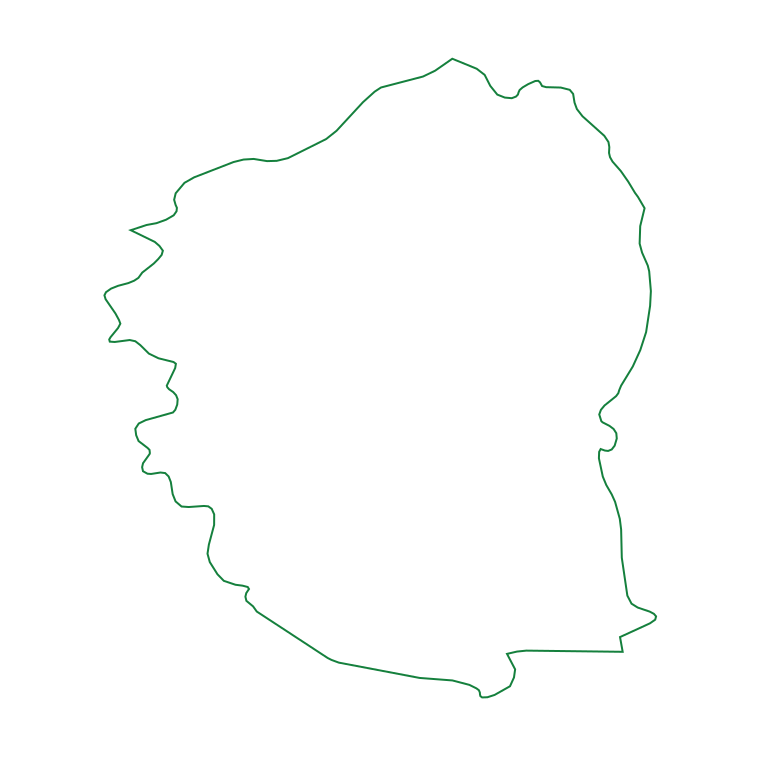 map outline of Orebro (Equal Earth projection), rotated 176°
{"feature_id": "SWE-183", "entity_name": "Orebro", "entity_type": "County", "adm_level": 1, "iso_a3": "SWE", "parent_name": "Sweden", "parent_adm1": "", "projection": "equal_earth", "projection_center": [15.084, 59.383], "detail": "fine", "context": "isolated", "style": "outline", "palette": "green", "viewbox_px": 768, "rotation_deg": 176, "n_neighbors": 0, "source": "natural_earth", "source_scale": "10m", "svg_char_len": 2672}
<svg xmlns="http://www.w3.org/2000/svg" viewBox="0 0 768 768"><g transform="rotate(176 384 384)"><path d="M172.4,304.0L174.1,301.3L174.8,294.9L172.2,276.4L169.3,267.7L164.5,257.9L161.7,250.3L158.2,233.1L157.6,222.3L158.9,194.1L156.0,155.9L152.4,147.6L146.5,143.3L134.8,138.4L130.8,135.9L128.8,133.2L129.9,130.0L135.4,126.7L166.2,115.1L164.6,100.2L260.6,108.1L270.0,107.8L280.1,106.2L273.1,90.2L274.8,82.2L279.4,73.7L295.4,66.1L302.7,64.3L308.0,64.5L309.6,65.9L309.9,67.5L309.9,69.5L310.7,71.9L313.0,73.9L319.8,77.9L336.4,83.5L369.0,88.3L448.5,109.2L455.6,112.4L459.3,114.6L526.8,165.9L530.1,171.3L536.4,177.3L537.1,181.5L536.0,185.0L533.0,188.9L534.1,191.0L539.2,192.7L546.2,194.1L557.5,198.8L563.4,205.8L570.2,218.5L571.9,227.0L569.9,236.0L563.3,255.2L562.5,265.8L564.6,271.5L567.8,274.2L572.1,274.9L587.4,274.9L594.5,275.9L600.1,281.4L602.5,288.9L603.5,301.1L605.3,306.8L608.5,310.4L613.2,311.3L622.6,310.5L626.2,311.0L630.5,313.8L631.1,317.9L629.9,321.8L622.7,330.5L622.4,331.3L622.4,332.2L622.5,334.6L624.3,336.7L632.8,344.2L634.8,350.2L635.2,356.7L631.4,361.7L624.2,364.6L596.5,370.3L594.0,372.8L591.7,377.9L590.9,383.2L592.2,387.3L594.8,390.6L598.8,393.8L600.4,395.9L600.8,397.5L591.2,414.5L590.2,418.7L592.4,420.6L607.2,425.4L616.4,430.7L624.4,439.8L629.1,444.0L634.6,445.6L649.7,444.7L654.6,445.4L655.0,447.6L653.5,449.8L645.4,458.4L642.8,462.6L643.9,466.3L647.0,473.1L655.8,488.0L656.7,492.0L654.9,495.0L649.6,498.2L642.4,500.5L632.0,502.5L626.0,504.5L621.6,507.0L617.4,512.0L605.3,520.2L600.6,524.3L596.8,528.3L595.3,532.4L598.4,537.4L602.7,541.7L625.9,555.1L609.7,559.2L599.8,560.3L589.9,563.1L582.0,567.0L578.9,570.8L578.3,574.2L579.4,577.2L580.5,582.4L578.5,588.8L569.0,598.6L559.0,603.4L518.7,615.9L508.4,617.7L498.3,617.6L485.1,614.5L475.5,614.1L464.1,616.0L424.6,632.4L413.7,639.9L385.3,666.6L372.9,676.3L366.3,680.0L323.6,688.0L311.1,693.0L293.2,703.7L269.5,692.0L262.0,685.3L257.2,674.0L250.8,664.8L243.5,661.3L236.6,660.2L232.3,661.5L230.2,663.4L229.4,665.6L228.2,667.8L225.0,670.2L219.2,673.1L212.0,675.7L209.0,675.7L207.3,674.0L205.5,670.2L201.5,668.8L187.0,667.4L178.2,664.5L175.1,660.2L174.3,651.4L172.4,644.8L167.3,637.2L146.9,616.2L143.2,609.7L142.7,604.6L143.4,598.8L142.7,594.5L140.5,589.9L132.9,579.9L126.3,568.9L120.3,557.2L117.6,552.9L111.8,541.2L117.4,523.6L119.2,506.2L117.4,497.1L112.6,483.7L111.6,477.9L111.3,458.0L113.1,443.4L118.9,417.5L126.0,399.9L134.6,384.1L147.6,365.8L149.8,361.4L150.9,358.5L153.3,355.7L165.5,347.2L169.4,343.1L171.4,338.6L169.8,331.8L168.6,330.5L162.0,326.5L158.1,323.1L155.7,318.7L155.6,313.4L158.2,306.4L161.4,302.8L165.1,301.6L168.3,302.2L172.4,304.0Z" fill="none" stroke="#15803d" stroke-width="2"/></g></svg>